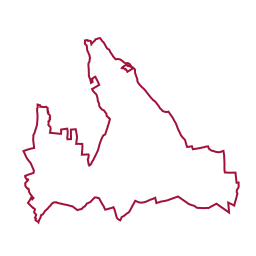 Carastelec, Salaj, Romania (Natural Earth projection), rotated 266°
{"feature_id": "2599482B43176721929294", "entity_name": "Carastelec", "entity_type": "district", "adm_level": 2, "iso_a3": "ROU", "parent_name": "Romania", "parent_adm1": "Salaj", "projection": "natural_earth1", "projection_center": [22.689, 47.305], "detail": "fine", "context": "isolated", "style": "outline", "palette": "rose", "viewbox_px": 256, "rotation_deg": 266, "n_neighbors": 0, "source": "geoboundaries", "source_scale": "gbopen_adm2", "svg_char_len": 5617}
<svg xmlns="http://www.w3.org/2000/svg" viewBox="0 0 256 256"><g transform="rotate(266 128 128)"><path d="M76.0,232.1L76.0,231.2L76.2,229.0L76.3,226.5L76.9,221.5L79.5,221.3L86.6,221.8L91.5,221.9L94.0,222.0L98.5,221.6L97.7,218.7L97.5,217.7L97.5,216.9L97.9,214.7L98.3,213.3L98.8,212.4L99.1,211.8L99.5,210.1L100.0,209.2L101.0,208.1L101.7,207.2L104.0,206.7L104.1,204.9L103.5,202.4L103.4,201.1L102.9,197.9L102.3,191.2L105.3,190.5L104.9,185.7L107.8,184.9L111.6,184.2L112.7,183.6L114.7,181.9L117.1,180.3L119.9,179.3L123.2,177.9L128.6,176.3L130.3,175.6L131.7,174.8L133.9,173.9L135.9,172.9L140.0,170.4L141.5,169.4L141.3,168.7L141.3,167.1L141.5,166.2L142.0,164.9L142.4,164.0L142.8,163.5L143.9,162.8L145.5,161.3L147.8,160.1L151.2,157.9L152.9,156.6L154.1,155.0L154.8,154.5L157.2,152.6L163.1,148.6L164.0,148.1L166.2,146.3L167.9,144.6L170.0,142.9L172.0,141.5L174.0,140.6L175.9,140.7L182.4,138.9L183.3,138.9L183.5,139.0L185.8,139.0L187.6,137.6L187.9,137.2L187.6,136.5L187.1,136.9L186.6,136.1L184.1,131.3L185.4,130.8L186.9,129.8L186.7,129.3L187.0,129.2L187.4,128.8L187.6,128.3L188.2,126.0L188.7,126.3L189.4,127.3L191.1,130.4L191.1,130.8L190.9,131.2L190.6,131.3L190.4,131.5L190.4,131.9L189.9,132.1L189.7,132.4L190.0,133.0L190.1,133.7L190.0,133.9L189.5,134.1L189.0,134.6L189.1,135.2L188.7,135.4L188.4,135.8L188.5,136.1L191.5,134.2L192.1,133.6L192.6,132.7L192.8,132.0L192.7,131.2L192.8,130.4L193.0,129.7L193.4,129.0L195.5,126.8L196.7,125.3L197.1,124.6L197.6,122.1L197.5,121.2L197.3,120.8L197.4,120.5L198.0,119.9L199.1,119.3L200.4,118.1L201.3,117.8L205.2,115.5L207.2,114.9L207.6,114.5L208.5,113.1L209.1,112.6L209.7,112.2L214.5,110.0L215.1,109.6L216.4,108.4L219.4,106.6L219.6,106.4L219.6,105.5L219.4,104.6L218.6,101.5L218.0,101.4L217.7,101.2L215.4,98.4L214.1,97.3L217.3,96.9L217.5,96.5L217.9,94.7L217.7,94.2L218.4,93.9L218.5,93.7L218.5,92.7L218.4,91.2L218.2,91.1L216.8,91.1L215.4,90.8L214.6,91.2L213.4,92.4L212.8,92.6L207.9,92.8L206.8,93.4L203.9,94.3L203.4,94.7L201.6,94.7L201.1,95.0L197.5,94.3L196.6,94.0L195.8,93.4L195.1,93.1L193.6,92.9L190.6,92.9L189.6,93.0L187.5,92.8L185.2,92.8L183.8,92.6L181.5,92.9L179.0,93.8L175.6,94.2L176.4,95.9L178.7,95.6L178.9,95.8L179.6,95.6L180.9,97.7L181.5,98.9L181.3,99.1L180.1,99.5L176.9,100.9L173.0,102.3L169.3,94.8L167.0,96.0L164.8,97.8L164.7,98.0L163.0,99.1L159.6,99.7L157.0,99.8L154.3,100.9L152.2,100.8L150.8,101.4L148.7,102.9L148.1,103.6L147.2,105.2L146.4,105.8L145.6,106.2L143.9,107.3L143.3,107.5L141.5,107.5L140.5,108.7L139.3,109.4L139.2,110.0L138.0,110.6L135.9,109.8L132.8,108.7L131.6,108.1L130.2,107.7L123.2,104.8L123.0,104.5L122.5,103.1L121.9,102.5L119.1,100.9L116.8,99.8L114.0,98.6L108.1,96.6L104.1,94.4L100.3,92.1L98.7,91.3L96.9,89.8L94.7,88.7L93.8,87.7L93.3,86.8L94.7,86.5L94.7,86.2L99.4,85.7L100.5,86.1L100.8,86.5L101.6,86.5L103.0,86.9L103.7,86.9L104.0,86.6L104.4,86.6L104.6,80.1L111.8,81.2L115.3,81.3L115.8,75.2L122.3,76.5L123.5,76.5L130.4,75.8L130.4,70.9L120.9,70.4L121.0,66.8L122.7,66.7L124.8,67.2L128.7,67.6L131.6,67.3L131.6,67.0L131.1,61.1L128.2,61.0L126.8,60.7L128.7,49.8L130.0,50.3L131.7,50.4L132.4,50.8L133.1,50.8L134.7,50.5L135.9,49.2L136.6,48.8L137.1,48.8L137.9,49.1L139.3,49.2L140.1,49.0L140.3,49.2L140.3,49.6L140.4,50.0L141.0,50.1L141.3,50.3L141.7,50.3L142.1,50.8L142.5,50.9L142.8,50.9L143.3,50.5L143.5,50.5L144.5,51.1L145.4,51.0L146.5,50.7L147.6,49.5L148.5,49.2L148.8,49.6L149.0,49.7L149.7,49.1L150.1,49.4L150.7,49.1L150.9,49.3L151.8,48.9L153.2,49.4L154.8,48.0L154.8,47.1L154.7,46.2L155.3,42.0L156.1,42.2L156.6,42.0L156.9,41.8L157.1,40.7L157.6,40.0L157.7,39.4L154.9,39.4L153.7,38.7L151.0,38.5L149.5,38.6L145.8,38.6L139.1,37.7L136.7,37.2L129.2,34.2L127.5,33.1L125.6,33.0L124.2,32.7L122.4,32.6L114.6,33.0L114.2,29.9L113.4,26.0L112.3,22.1L111.4,22.4L110.9,22.7L108.1,23.7L104.7,25.1L101.3,27.3L100.7,27.8L99.6,28.5L92.0,31.2L91.2,30.9L89.9,30.7L89.7,30.3L89.0,27.7L88.7,26.2L87.7,23.2L87.2,22.7L87.6,22.4L87.5,22.1L86.8,22.0L85.6,22.3L83.7,23.5L83.4,23.7L83.8,24.3L83.8,24.6L83.3,24.8L83.1,24.5L82.1,23.8L81.4,22.8L80.4,22.0L80.3,21.8L79.6,21.5L78.5,21.7L78.1,21.5L77.1,21.7L74.4,23.5L74.3,23.8L74.6,24.1L74.5,24.4L74.3,24.5L72.2,24.9L71.2,24.8L68.4,26.2L67.7,26.9L67.1,27.0L64.7,28.8L63.5,27.5L65.3,26.6L61.7,24.2L60.3,23.0L58.2,24.7L55.0,27.6L55.1,27.8L53.5,29.5L52.4,29.2L51.6,28.8L50.6,28.5L49.6,29.0L47.9,30.4L45.5,29.3L45.0,28.9L44.1,29.9L42.7,29.2L42.2,29.6L40.8,31.6L40.1,32.1L42.2,32.8L44.6,34.4L45.7,34.8L46.1,34.7L47.4,35.5L47.6,36.8L48.9,37.9L51.0,39.4L53.4,42.5L54.8,43.7L55.8,45.0L58.1,47.0L58.3,47.8L58.8,48.3L59.0,49.1L58.9,51.2L58.5,51.4L58.4,52.4L57.7,53.9L57.1,56.5L56.7,57.0L56.6,57.7L55.8,60.4L55.7,61.1L53.6,67.3L49.6,71.8L50.0,73.1L50.4,76.2L50.8,76.4L51.1,76.8L51.3,77.1L51.9,77.6L52.6,78.7L52.6,79.2L53.3,79.8L53.8,80.4L55.4,81.5L56.8,85.3L60.2,89.0L60.4,89.4L61.1,90.0L60.8,92.1L60.3,92.9L60.2,93.8L59.6,94.5L58.8,94.7L53.3,97.3L51.4,98.4L50.5,98.6L48.1,99.6L49.5,106.6L50.0,107.9L48.2,108.7L43.2,109.8L40.4,110.3L39.0,110.7L38.3,111.2L37.9,111.5L36.4,113.8L37.1,114.3L39.6,115.5L40.6,117.9L43.1,121.4L43.1,121.5L43.5,122.5L44.2,123.2L45.6,124.3L50.2,127.1L53.6,129.4L54.9,130.1L53.4,133.0L52.8,134.7L52.6,136.1L52.6,137.3L53.1,140.4L54.9,145.3L55.7,148.2L56.5,150.3L51.1,151.1L51.2,151.5L51.5,152.2L51.7,153.9L52.3,155.5L52.5,158.3L52.8,160.6L53.2,162.6L56.2,173.1L48.9,182.2L48.2,182.8L46.5,186.5L45.7,188.8L43.7,191.0L43.4,192.3L43.1,195.4L42.8,197.8L42.7,202.1L42.5,202.6L44.4,206.7L46.3,211.0L36.6,222.9L46.6,222.8L45.2,225.3L43.2,228.6L46.2,229.5L50.1,231.0L55.1,232.6L56.5,232.0L57.5,232.1L58.9,232.5L59.3,232.7L59.6,233.1L60.5,233.8L61.0,234.0L61.8,234.3L65.9,234.5L65.8,232.5L76.0,232.1Z" fill="none" stroke="#9f1239" stroke-width="2"/></g></svg>